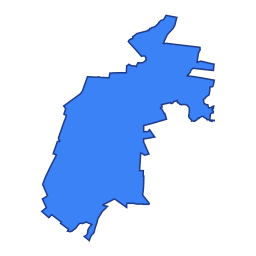 Mihail Kogalniceanu, Constanta, Romania
{"feature_id": "2599482B89648191700760", "entity_name": "Mihail Kogalniceanu", "entity_type": "district", "adm_level": 2, "iso_a3": "ROU", "parent_name": "Romania", "parent_adm1": "Constanta", "projection": "orthographic", "projection_center": [28.516, 44.369], "detail": "fine", "context": "isolated", "style": "filled", "palette": "blue", "viewbox_px": 256, "rotation_deg": 0, "n_neighbors": 0, "source": "geoboundaries", "source_scale": "gbopen_adm2", "svg_char_len": 5610}
<svg xmlns="http://www.w3.org/2000/svg" viewBox="0 0 256 256"><path d="M137.3,33.4L136.2,34.1L133.1,36.5L132.7,36.6L133.0,38.0L132.8,38.5L132.5,38.7L131.0,38.8L130.1,39.4L129.7,39.8L128.9,40.3L128.6,40.9L128.3,41.6L131.9,45.5L137.3,51.5L141.4,56.3L142.7,56.0L144.0,55.9L144.7,56.0L145.0,56.4L145.4,56.8L145.6,57.3L145.8,58.0L146.0,59.0L146.3,59.7L145.8,60.3L145.5,60.4L145.0,60.9L143.7,62.2L143.3,62.4L142.0,62.8L141.4,62.8L140.4,62.9L139.6,62.7L139.2,62.7L137.9,62.7L137.8,62.9L137.7,63.1L137.6,63.4L136.2,66.6L135.0,65.9L132.7,66.0L131.5,65.7L129.5,64.8L129.2,64.5L128.8,64.3L127.0,65.9L126.7,65.9L126.3,72.8L121.6,72.7L113.2,72.9L111.3,73.1L109.9,73.1L109.1,77.8L105.4,77.6L100.2,77.4L99.5,77.0L98.2,76.9L97.3,77.1L96.7,77.1L96.1,77.2L87.5,76.7L82.8,90.0L82.3,91.2L81.6,92.2L81.0,93.1L79.9,94.2L78.5,95.2L63.7,106.0L65.7,108.6L63.9,114.3L66.4,115.3L64.9,120.0L64.6,120.2L59.5,134.9L58.5,137.9L58.5,138.4L58.6,138.8L59.4,141.3L59.7,141.2L59.7,141.4L57.4,141.5L54.9,148.8L54.9,149.2L54.7,149.4L54.6,149.6L53.2,153.7L53.3,153.7L56.4,154.9L56.4,155.0L51.4,164.7L48.5,170.7L48.2,171.4L47.1,173.6L45.7,176.4L45.3,177.5L45.1,177.8L45.0,178.1L42.9,183.8L42.9,185.3L43.4,185.8L44.2,187.7L44.1,187.8L45.8,191.7L47.5,195.8L45.9,196.9L42.4,198.9L46.4,207.7L45.0,208.6L43.4,210.2L41.7,211.4L48.9,217.6L49.5,217.1L50.2,216.3L50.5,215.8L51.7,214.7L61.3,222.0L60.5,223.3L68.5,229.2L67.7,230.8L67.5,231.1L68.7,231.2L69.2,231.6L69.9,231.7L70.9,231.5L71.8,231.1L72.3,231.0L73.2,230.1L74.8,228.9L75.7,228.3L76.0,228.0L76.1,227.6L76.7,226.8L77.7,225.5L78.4,224.7L78.7,224.4L79.1,223.8L79.4,223.6L80.7,223.3L82.6,223.5L83.0,223.5L83.6,223.1L84.8,222.7L85.8,221.9L91.9,224.5L90.0,226.5L89.5,227.1L88.1,229.6L87.9,230.1L87.8,231.6L87.3,233.8L87.1,234.5L86.9,234.8L86.6,235.1L84.2,236.5L87.5,239.1L89.3,240.6L89.7,239.2L90.3,237.6L91.3,235.6L92.0,234.6L93.0,233.7L93.6,233.0L94.2,232.2L94.5,230.4L95.4,227.0L97.0,222.4L97.8,218.8L102.4,211.3L106.0,208.0L106.3,207.6L106.9,206.4L107.4,206.5L107.5,206.4L106.6,206.2L104.9,205.8L104.1,205.5L102.9,205.0L103.0,204.8L114.5,198.9L121.1,203.5L126.7,207.5L126.8,207.0L126.6,205.6L126.7,204.9L126.8,204.0L127.2,203.1L127.6,203.2L128.6,203.3L133.5,203.3L134.5,203.5L135.9,204.0L143.3,204.1L143.3,204.3L148.9,204.3L148.9,204.2L149.2,203.3L142.6,195.0L142.6,194.9L142.7,194.6L143.3,189.8L143.5,187.6L143.7,182.3L143.7,181.8L143.8,176.1L143.2,176.1L143.3,170.6L139.6,170.6L140.7,152.5L140.5,152.4L144.6,155.2L148.9,154.1L143.8,142.5L143.6,142.0L143.6,138.7L144.2,138.8L147.3,138.4L154.7,137.0L149.5,129.6L149.2,129.8L148.9,130.9L148.7,131.2L148.6,131.4L148.2,131.5L146.8,131.6L143.7,131.7L143.7,125.6L151.8,123.5L166.5,119.2L164.8,113.4L164.6,113.4L164.4,113.5L164.2,113.5L162.0,109.2L160.4,108.2L160.5,108.0L161.3,107.0L162.1,107.0L161.5,104.6L170.6,102.6L171.1,103.2L171.0,103.4L171.3,103.6L172.5,103.1L173.0,102.8L173.5,102.2L173.7,101.7L174.0,101.6L174.3,101.4L174.6,101.2L175.0,101.1L175.5,101.2L176.7,100.7L177.1,100.4L177.3,101.3L177.3,102.3L177.9,102.8L178.6,103.0L179.5,103.8L179.8,104.3L180.5,104.4L180.8,104.6L181.7,104.7L182.0,104.7L182.3,104.5L182.8,104.5L184.7,104.5L186.1,104.8L186.7,105.1L187.8,106.0L188.7,106.9L189.0,107.3L189.2,108.1L189.3,108.2L189.4,109.4L189.3,109.7L189.3,110.6L189.2,111.1L189.2,111.9L189.3,112.2L189.0,114.2L188.7,115.4L188.7,116.0L188.9,116.6L189.0,117.0L189.1,117.3L189.5,118.0L189.8,118.4L190.2,118.7L190.6,119.1L190.8,119.5L191.4,119.9L191.6,120.3L191.6,121.0L191.8,120.9L193.1,121.0L193.3,121.1L193.8,121.1L194.0,121.2L194.1,121.3L194.3,121.4L195.3,120.9L195.6,120.5L195.9,120.3L196.0,120.3L196.3,120.2L197.3,119.4L197.3,119.2L197.9,118.8L198.0,118.6L198.2,118.4L198.3,118.4L198.2,118.3L198.2,118.1L198.3,118.0L198.5,117.9L199.0,118.0L199.3,117.8L199.2,117.8L199.3,117.7L199.9,117.5L200.1,117.4L200.4,117.3L200.6,117.1L200.9,116.9L201.0,116.8L202.0,116.4L202.9,116.4L203.4,116.7L203.7,116.7L204.0,117.2L204.5,117.7L205.0,117.9L205.4,117.9L205.6,118.2L205.9,118.3L206.3,118.6L206.5,118.8L206.6,119.3L206.9,119.7L207.5,119.8L207.9,119.6L208.4,119.6L209.2,120.0L209.6,120.6L209.8,120.7L211.9,121.4L212.1,121.4L212.3,121.1L212.6,120.8L213.3,120.6L214.2,120.7L214.2,120.3L211.6,120.2L209.8,119.7L210.4,114.0L211.8,113.0L213.3,112.8L213.3,111.2L213.0,111.2L212.2,110.1L212.4,108.6L213.3,108.7L213.7,106.0L213.4,106.0L211.6,107.2L210.6,107.6L209.1,107.9L208.6,107.8L208.4,107.5L207.8,104.7L205.7,104.6L205.6,104.3L205.3,104.0L204.9,103.8L204.3,103.8L203.9,102.6L203.6,100.8L203.5,99.4L203.7,99.2L204.5,98.8L206.7,96.4L208.9,95.0L209.0,94.8L209.4,93.2L209.6,91.6L210.1,86.8L212.4,86.8L213.2,85.7L213.6,83.5L214.3,80.2L200.6,77.7L192.9,76.5L187.2,75.9L187.5,75.2L187.6,74.8L188.2,74.9L188.3,74.5L188.7,74.2L188.9,73.9L189.8,72.8L190.4,72.1L190.5,71.2L190.9,70.3L192.8,68.3L197.7,68.8L213.4,70.5L213.4,70.4L213.9,65.3L214.1,64.2L209.3,63.2L201.2,61.2L200.6,61.2L199.8,61.3L198.7,61.8L197.4,62.4L197.0,62.7L196.8,63.0L197.1,62.0L197.3,60.5L198.5,52.8L198.6,52.6L198.9,52.3L198.9,52.1L199.1,51.5L199.2,51.2L199.9,50.4L200.1,50.0L200.1,49.5L199.9,49.1L200.0,48.5L200.1,48.1L200.1,47.8L199.9,47.3L172.5,44.1L166.5,43.3L165.4,43.4L164.7,43.6L163.6,43.5L163.3,43.4L167.1,35.0L167.4,34.6L167.8,34.1L173.0,28.5L174.7,25.5L175.0,24.6L176.8,17.4L166.1,15.4L166.0,15.6L165.5,16.1L165.2,17.3L164.8,17.6L164.6,18.0L164.3,18.4L164.1,19.1L163.4,19.5L163.3,19.8L162.0,20.1L161.0,20.5L160.3,21.0L158.7,22.5L158.7,23.1L155.1,26.7L154.7,26.6L154.1,27.0L153.1,27.4L152.3,27.4L151.9,27.5L151.3,28.1L149.8,28.6L149.7,28.7L149.7,28.9L149.6,29.1L149.6,29.3L149.5,29.5L149.4,30.0L148.3,29.9L148.1,30.7L137.5,33.4L137.3,33.4Z" fill="#3b82f6" stroke="#1e3a8a" stroke-width="1.5"/></svg>